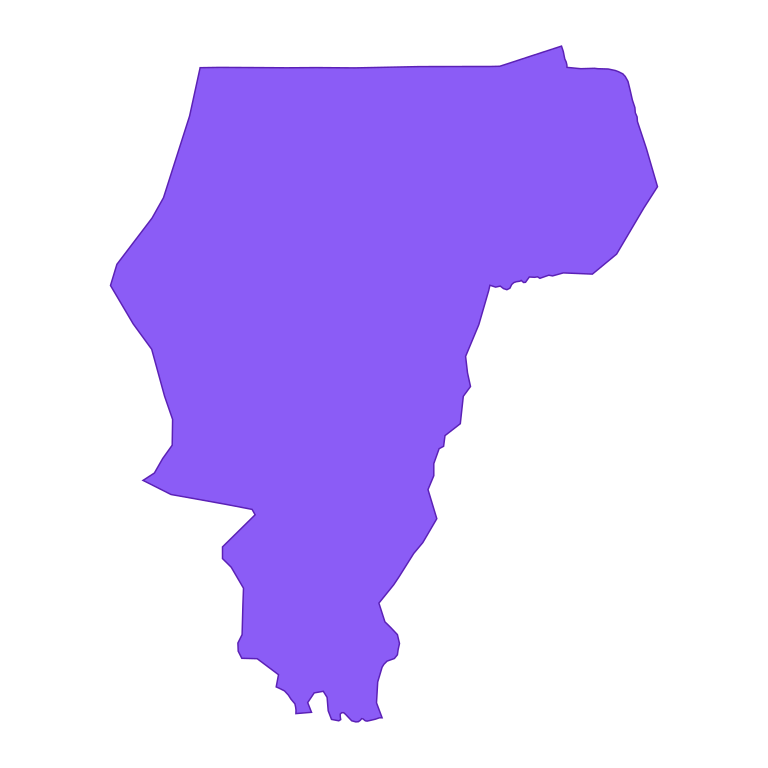 the district of Niono, Ségou, Mali
{"feature_id": "8926073B49172345831470", "entity_name": "Niono", "entity_type": "district", "adm_level": 2, "iso_a3": "MLI", "parent_name": "Mali", "parent_adm1": "Ségou", "projection": "mercator", "projection_center": [-5.761, 14.688], "detail": "fine", "context": "isolated", "style": "filled", "palette": "violet", "viewbox_px": 768, "rotation_deg": 0, "n_neighbors": 0, "source": "geoboundaries", "source_scale": "gbopen_adm2", "svg_char_len": 2078}
<svg xmlns="http://www.w3.org/2000/svg" viewBox="0 0 768 768"><path d="M143.0,480.4L171.0,494.5L225.6,504.3L252.1,509.4L255.1,514.8L222.5,546.9L222.5,558.6L231.2,567.2L243.5,588.2L242.9,604.9L242.1,634.6L237.9,643.0L238.2,651.2L241.8,658.3L257.2,658.7L278.5,674.7L276.2,686.9L279.1,688.2L284.5,690.9L288.4,695.1L291.0,699.2L294.9,703.8L295.6,707.0L296.0,710.1L295.9,713.6L311.5,712.3L307.7,702.6L314.2,692.9L323.3,691.3L327.1,697.4L328.2,710.8L331.5,719.4L338.8,720.8L340.7,719.6L340.3,717.0L340.2,714.1L341.7,712.7L343.7,712.7L345.6,714.4L351.7,720.8L355.8,721.9L358.4,721.7L360.3,720.3L361.7,718.6L363.2,719.0L364.5,720.2L365.4,720.8L367.1,721.1L369.9,720.5L375.4,719.2L379.4,717.8L382.1,717.8L376.5,702.8L377.7,682.0L382.1,667.2L383.9,664.3L387.1,661.1L394.4,658.5L397.4,654.8L398.1,649.8L399.0,645.8L399.5,643.5L397.4,634.6L390.9,627.7L384.9,621.8L378.9,603.1L393.7,584.8L399.1,576.7L413.7,553.5L422.8,542.6L436.8,518.7L428.0,489.6L433.8,475.7L433.8,463.6L439.1,448.7L443.6,446.3L445.0,435.6L460.3,423.7L463.3,396.3L470.5,386.5L467.5,372.8L465.6,356.4L478.8,324.7L488.7,290.6L489.9,285.3L491.3,285.7L495.6,287.1L500.3,286.1L503.5,288.6L504.8,289.0L506.9,289.7L509.9,288.2L510.2,287.6L511.7,284.5L513.8,282.6L516.4,281.7L520.0,281.2L521.1,280.4L523.6,282.5L525.5,282.3L529.3,277.0L534.7,277.3L537.5,276.8L539.9,278.3L548.8,275.2L552.6,275.9L563.3,272.9L592.4,274.1L616.6,254.1L643.9,207.9L657.5,186.7L646.4,148.6L637.4,121.4L637.1,116.9L635.3,112.8L634.9,107.6L633.4,103.1L632.4,100.1L630.2,90.4L628.0,81.4L625.2,76.4L624.3,75.5L622.9,73.9L618.5,71.7L615.3,70.5L608.2,69.0L597.8,68.7L594.5,68.3L580.9,68.7L576.6,68.3L570.5,67.7L567.0,67.4L566.9,65.0L566.2,62.0L564.8,59.0L564.2,56.1L563.3,51.5L561.5,46.1L531.7,55.8L507.7,63.7L499.6,66.3L498.5,66.3L489.5,66.5L470.4,66.5L419.4,66.6L354.9,67.9L316.6,67.6L286.7,67.8L257.2,67.6L219.6,67.4L200.1,67.7L199.9,68.8L189.6,116.0L163.5,197.7L152.1,218.0L116.9,264.3L110.5,285.5L133.2,323.9L151.7,349.3L164.6,396.3L172.6,419.4L172.2,445.2L162.7,458.5L154.4,473.0L143.0,480.4Z" fill="#8b5cf6" stroke="#5b21b6" stroke-width="1.5"/></svg>